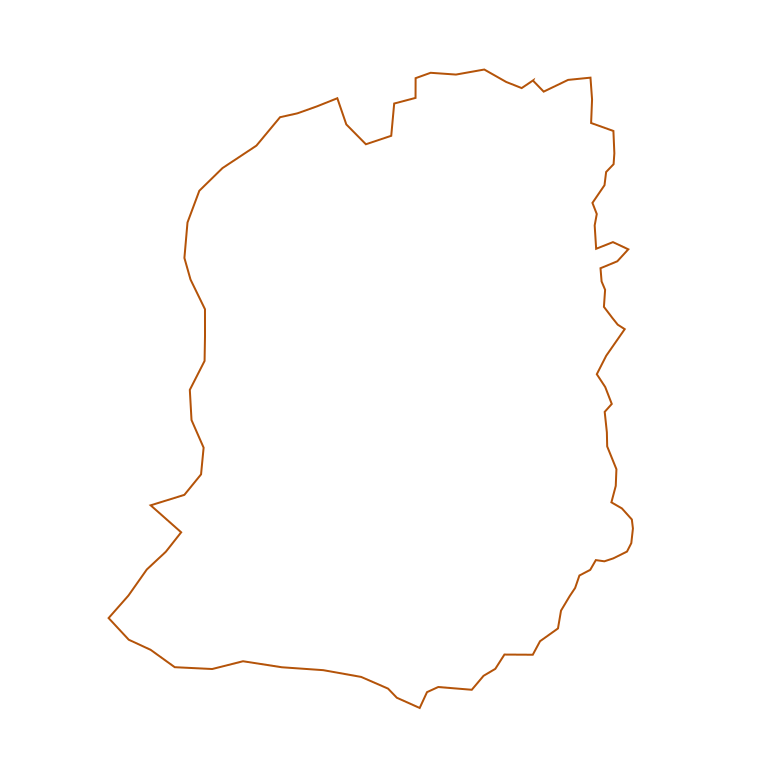 Agios Dimitrianos, Paphos, Cyprus (orthographic projection), rotated 184°
{"feature_id": "46923920B5099414499518", "entity_name": "Agios Dimitrianos", "entity_type": "district", "adm_level": 2, "iso_a3": "CYP", "parent_name": "Cyprus", "parent_adm1": "Paphos", "projection": "orthographic", "projection_center": [32.548, 34.902], "detail": "fine", "context": "isolated", "style": "outline", "palette": "amber", "viewbox_px": 768, "rotation_deg": 184, "n_neighbors": 0, "source": "geoboundaries", "source_scale": "gbopen_adm2", "svg_char_len": 1424}
<svg xmlns="http://www.w3.org/2000/svg" viewBox="0 0 768 768"><g transform="rotate(184 384 384)"><path d="M349.3,71.9L325.8,63.3L319.6,79.6L308.8,85.5L275.1,85.1L264.3,99.9L253.1,107.6L245.0,122.5L216.7,124.3L210.4,138.3L193.4,152.3L191.6,170.3L184.0,185.3L179.1,193.9L175.7,206.6L165.3,213.0L160.4,223.1L151.8,222.5L143.2,226.0L129.9,233.8L126.2,242.5L125.6,257.2L127.3,266.1L138.0,276.5L148.9,281.8L145.7,298.5L146.2,315.2L157.0,337.3L158.3,351.3L161.9,371.6L155.4,380.0L163.1,396.4L172.4,408.6L164.3,427.7L147.7,455.5L155.0,459.5L160.7,465.7L170.0,476.3L170.0,493.4L174.1,501.5L176.1,514.6L159.8,522.7L149.7,535.4L165.5,541.5L181.8,533.7L184.9,556.9L183.6,568.4L188.7,579.2L177.9,597.7L177.2,611.0L170.3,619.3L170.3,630.2L172.8,652.4L195.6,658.8L196.3,682.4L199.4,704.0L221.6,700.2L245.1,686.8L256.5,697.0L256.4,697.3L267.3,688.8L283.1,693.8L305.9,704.7L333.8,697.7L359.2,697.7L373.8,691.3L372.5,671.6L393.4,664.5L394.1,632.1L418.8,621.9L439.7,640.3L450.5,665.8L470.2,656.3L489.2,648.0L490.8,647.5L506.3,642.9L527.9,612.9L560.2,588.1L581.7,563.9L591.3,531.4L591.9,495.8L584.3,474.7L567.8,446.1L565.9,419.3L564.6,394.5L577.3,364.6L573.5,334.6L559.5,307.9L560.2,281.1L575.4,259.5L608.3,246.7L576.0,221.9L589.9,201.5L607.7,182.4L624.2,155.1L642.4,131.3L620.8,111.1L598.2,102.5L573.0,86.9L535.5,87.7L505.3,97.6L466.2,94.3L424.7,94.3L386.4,90.2L358.7,80.4L349.3,71.9Z" fill="none" stroke="#b45309" stroke-width="2"/></g></svg>